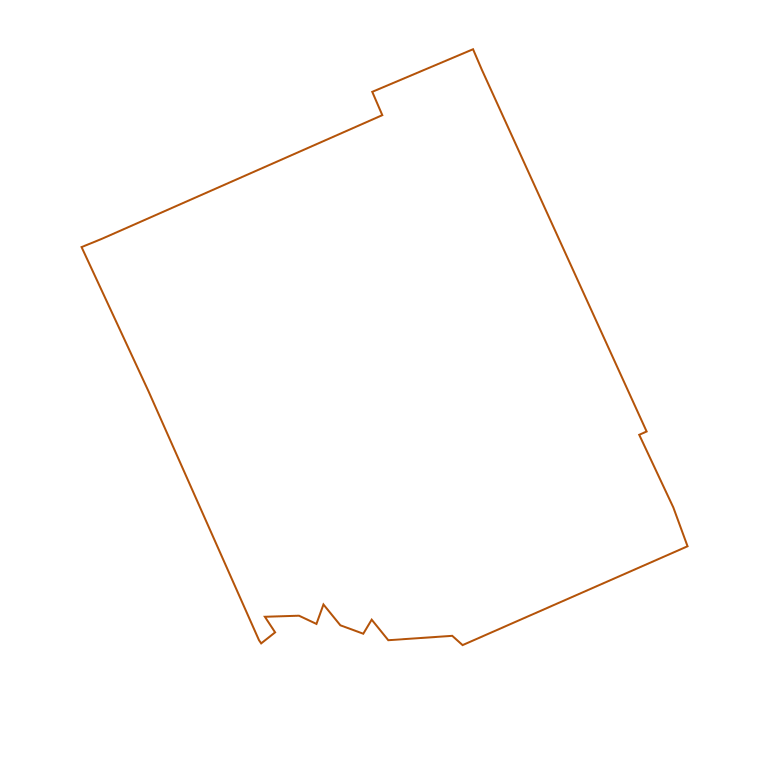 the district of Wyoming, New York, United States of America, rotated 66°
{"feature_id": "52423323B94169185911577", "entity_name": "Wyoming", "entity_type": "district", "adm_level": 2, "iso_a3": "USA", "parent_name": "United States of America", "parent_adm1": "New York", "projection": "robinson", "projection_center": [-78.142, 42.695], "detail": "fine", "context": "isolated", "style": "outline", "palette": "amber", "viewbox_px": 768, "rotation_deg": 66, "n_neighbors": 0, "source": "geoboundaries", "source_scale": "gbopen_adm2", "svg_char_len": 465}
<svg xmlns="http://www.w3.org/2000/svg" viewBox="0 0 768 768"><g transform="rotate(66 384 384)"><path d="M571.0,601.7L566.6,584.5L548.2,587.5L561.1,555.9L575.7,543.3L560.8,529.0L586.7,522.0L603.7,504.5L594.3,491.1L619.8,484.3L641.8,424.1L654.5,418.4L655.7,172.7L614.5,169.9L534.2,171.5L534.2,163.4L136.7,166.8L114.4,166.5L112.3,275.9L137.7,276.2L136.6,583.1L135.9,604.6L294.8,602.1L567.2,602.4L571.0,601.7Z" fill="none" stroke="#b45309" stroke-width="2"/></g></svg>